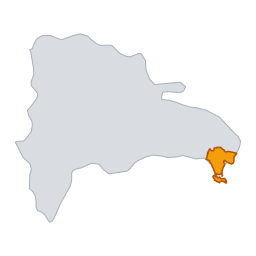 location of San Rafael del Yuma, La Altagracia, Dominican Republic
{"feature_id": "3306468B72129908795789", "entity_name": "San Rafael del Yuma", "entity_type": "district", "adm_level": 2, "iso_a3": "DOM", "parent_name": "Dominican Republic", "parent_adm1": "La Altagracia", "projection": "equal_earth", "projection_center": [-68.667, 18.325], "detail": "fine", "context": "in_parent", "style": "filled", "palette": "amber", "viewbox_px": 256, "rotation_deg": 0, "n_neighbors": 0, "source": "geoboundaries", "source_scale": "gbopen_adm2", "svg_char_len": 6131}
<svg xmlns="http://www.w3.org/2000/svg" viewBox="0 0 256 256"><path d="M29.4,188.7L29.7,175.0L31.4,169.5L29.9,163.7L23.1,157.5L19.0,149.5L15.4,142.4L16.2,141.4L23.6,141.1L26.2,138.5L31.3,131.3L32.3,125.5L31.9,121.1L28.7,115.8L27.5,110.3L31.5,105.5L36.8,98.4L37.5,95.7L37.4,93.1L31.3,85.6L31.0,82.5L33.8,74.4L33.6,69.1L30.9,52.5L29.6,50.0L32.3,48.6L34.1,43.7L36.5,39.3L39.7,36.9L43.3,35.4L50.4,35.5L60.2,39.4L63.0,39.3L72.4,35.8L80.3,33.9L87.6,36.1L90.6,39.1L96.7,43.8L99.7,45.3L109.3,45.2L112.0,45.6L120.0,53.5L126.8,56.6L130.7,56.8L137.8,53.7L141.3,53.8L145.4,60.6L146.1,70.2L149.5,78.9L154.6,84.5L180.1,82.2L185.7,86.8L183.8,90.6L180.2,92.6L168.1,91.7L162.8,92.2L161.7,96.0L161.7,99.5L168.8,100.3L175.7,102.1L182.8,104.9L190.0,106.9L198.1,108.1L206.1,110.2L219.4,117.1L234.1,132.8L238.0,136.4L240.6,141.3L239.4,147.4L234.1,157.3L231.2,160.5L226.8,162.5L223.8,166.6L221.0,173.5L219.2,174.1L217.1,173.8L213.6,169.9L211.1,163.8L204.0,158.1L195.5,158.9L183.1,155.5L175.5,157.1L168.0,157.5L160.3,155.8L152.5,155.2L144.8,157.3L137.3,161.0L134.5,163.3L129.7,169.0L127.1,171.1L108.8,173.9L103.6,169.8L98.7,164.1L91.7,163.3L81.5,167.7L75.1,169.3L72.5,171.2L71.7,173.3L71.6,181.3L70.2,186.1L60.1,204.4L54.5,217.3L52.1,221.2L49.5,222.1L44.6,214.7L41.5,212.0L37.6,210.7L36.0,206.7L36.1,201.1L35.1,195.7L32.8,191.5L29.4,188.7Z" fill="#d9dde1" stroke="#a8b0b8" stroke-width="1"/><path d="M209.9,148.9L209.5,149.1L209.4,149.2L209.2,149.7L209.0,150.2L208.9,150.8L208.4,151.2L208.3,151.3L208.2,151.5L208.4,151.9L208.3,152.1L207.7,152.6L207.7,152.8L207.7,153.0L208.1,153.3L208.1,153.5L207.9,153.8L207.5,153.9L207.3,154.0L207.4,154.4L207.3,155.2L207.1,155.8L207.1,156.2L207.2,156.8L207.1,157.1L206.6,157.5L206.5,158.3L206.2,159.0L206.4,159.0L206.5,159.2L207.0,159.4L207.1,159.5L207.3,159.6L207.4,159.8L207.7,159.8L208.2,160.2L208.4,160.3L208.5,160.4L209.1,160.6L209.2,160.8L209.3,160.9L209.6,161.0L209.8,161.2L209.8,161.3L209.6,161.2L209.6,161.4L209.8,161.6L209.7,161.7L209.7,161.9L209.8,162.1L209.9,162.4L210.0,162.6L210.0,162.8L210.2,163.0L210.3,163.1L210.5,163.1L210.6,163.3L211.4,164.1L212.2,166.3L212.3,166.5L212.7,167.1L212.8,167.3L212.9,167.5L213.2,168.1L213.3,168.2L213.3,168.3L213.5,168.7L213.5,169.0L213.8,169.8L214.0,170.5L214.3,171.2L214.3,171.5L214.5,171.8L214.8,172.1L214.9,172.4L215.1,172.7L215.1,173.0L215.1,173.3L215.2,173.5L215.2,173.8L215.2,174.3L215.3,174.5L215.2,174.7L215.2,174.8L215.1,175.0L215.3,175.1L215.4,174.8L215.6,174.8L215.9,174.8L215.9,174.7L215.5,174.4L215.5,174.0L215.4,173.9L215.5,173.6L215.9,173.5L216.0,173.5L216.4,173.7L216.4,173.8L216.5,173.8L216.6,174.0L216.5,174.4L216.6,174.2L216.7,174.4L216.6,174.5L216.4,174.6L216.1,174.7L215.9,174.6L216.0,174.8L215.9,174.9L216.1,175.1L216.3,175.1L216.6,174.6L217.0,174.6L217.1,174.3L217.2,174.2L217.7,174.3L217.8,174.4L218.1,174.6L218.3,174.6L218.5,174.5L219.1,174.6L219.5,174.4L219.7,174.1L220.7,174.1L220.8,173.9L221.2,174.0L221.3,174.1L221.5,174.1L221.5,174.3L221.7,174.5L222.0,174.6L222.0,174.4L222.0,174.0L222.1,173.9L222.1,173.1L221.9,173.1L221.9,172.9L222.1,172.9L222.1,172.7L222.1,171.2L222.1,170.9L222.0,170.7L222.3,170.5L222.2,170.2L222.3,170.1L222.4,169.5L222.4,169.3L222.5,169.2L222.6,168.8L222.9,167.8L223.6,166.9L223.7,166.6L223.8,166.5L224.4,165.0L224.5,164.4L224.5,164.0L224.4,163.6L224.1,162.9L223.9,162.7L223.7,162.6L223.6,162.4L223.7,162.2L223.7,161.9L223.7,161.5L223.8,161.3L223.9,161.0L224.0,161.0L224.1,160.8L224.3,160.7L224.5,160.6L224.7,160.4L224.9,160.4L225.0,160.4L225.2,160.8L225.4,160.8L225.5,161.0L225.8,161.2L226.1,161.6L226.4,161.6L226.6,161.7L227.1,162.2L227.7,162.6L227.9,162.6L228.7,162.9L228.8,162.9L228.9,163.0L229.1,163.0L229.5,163.1L230.0,163.3L230.8,163.6L231.2,163.9L231.4,164.0L231.6,164.0L232.0,163.8L232.2,163.6L232.8,163.5L233.1,163.2L233.4,162.8L233.8,162.0L233.8,161.1L234.0,159.7L233.9,158.0L234.0,157.8L234.0,157.4L234.1,157.0L234.2,156.8L234.2,156.6L234.5,156.2L234.8,156.0L234.8,155.8L235.1,155.6L235.1,155.4L235.4,155.2L235.4,154.9L235.5,154.9L235.5,154.7L235.9,154.6L236.0,154.5L236.1,154.2L236.5,153.9L236.8,153.5L236.8,153.3L236.3,153.0L234.7,152.9L234.3,152.8L233.8,152.7L233.0,152.3L232.0,152.2L231.5,152.0L230.8,152.0L230.4,151.8L229.7,151.7L229.3,151.5L228.5,151.5L228.1,151.3L227.9,151.3L227.4,151.7L226.7,151.8L226.2,152.1L225.6,151.8L225.1,151.7L224.5,151.4L224.4,151.3L224.3,151.1L224.3,150.8L224.5,150.4L224.4,150.2L223.6,149.7L223.2,149.5L222.8,149.3L222.0,148.5L221.1,147.9L220.8,147.4L220.7,147.3L220.2,147.5L218.3,147.5L218.0,147.4L217.6,147.2L217.3,147.2L217.1,147.3L216.2,147.9L214.8,147.9L214.2,148.1L214.1,148.3L214.1,149.3L214.0,149.5L213.6,150.5L213.4,150.7L211.6,150.7L211.3,150.6L209.9,148.9ZM219.6,182.4L219.8,181.9L220.0,181.8L220.5,181.7L220.8,181.5L221.0,181.5L221.4,181.3L221.8,181.1L222.0,181.2L222.2,181.3L223.0,181.4L223.5,181.5L223.8,181.8L224.1,181.8L224.3,182.0L224.5,182.0L225.3,182.1L225.4,182.5L225.5,182.4L225.6,182.5L225.6,182.4L225.8,182.7L225.9,182.8L226.1,182.7L226.3,182.7L226.4,182.4L226.5,182.0L226.5,181.4L226.3,180.9L226.1,180.6L225.9,180.2L225.7,179.9L225.6,179.6L225.4,179.4L224.9,178.9L224.6,178.6L224.4,178.5L224.3,178.4L224.0,178.4L223.1,178.8L222.9,178.7L222.6,178.6L222.1,178.7L221.8,178.8L221.5,178.8L221.3,178.5L221.1,178.4L220.9,178.4L220.5,178.3L220.4,178.2L220.0,177.5L219.8,177.4L219.3,177.5L219.2,177.3L219.0,177.5L218.8,177.8L218.6,177.7L218.0,177.7L217.5,177.4L217.4,177.3L217.4,177.2L217.2,177.2L216.9,176.8L216.7,176.7L216.2,176.5L216.0,176.3L215.8,176.2L215.6,176.3L215.6,176.2L215.3,176.1L215.0,175.9L214.9,176.0L214.7,175.9L214.4,175.6L214.1,175.6L213.7,175.7L213.3,176.2L213.3,176.4L213.3,176.5L213.2,176.5L213.3,176.8L213.3,177.2L213.2,177.4L213.2,177.6L213.3,177.6L213.5,177.8L213.7,178.2L214.0,178.3L214.2,178.6L214.3,178.8L214.6,179.3L214.6,179.5L215.0,179.9L215.1,180.1L215.1,180.3L214.9,180.5L215.3,180.6L215.5,180.8L215.9,181.0L216.2,181.1L216.3,181.2L216.4,181.3L216.5,181.2L216.6,181.3L216.8,181.4L216.9,181.5L217.1,181.5L217.6,181.7L217.8,181.9L218.8,182.4L219.2,182.5L219.5,182.3L219.6,182.4ZM222.5,175.5L222.3,175.6L222.1,175.9L222.3,175.9L222.3,175.7L222.5,175.6L222.5,175.5Z" fill="#f59e0b" stroke="#b45309" stroke-width="1.5"/></svg>